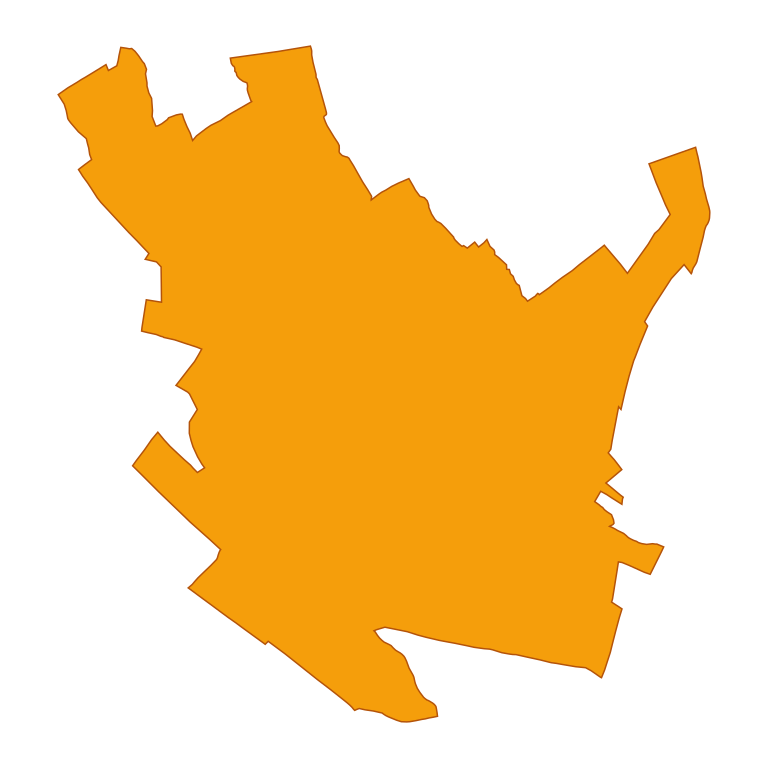 Costesti, Iasi, Romania
{"feature_id": "2599482B63280178112896", "entity_name": "Costesti", "entity_type": "district", "adm_level": 2, "iso_a3": "ROU", "parent_name": "Romania", "parent_adm1": "Iasi", "projection": "orthographic", "projection_center": [26.927, 47.235], "detail": "fine", "context": "isolated", "style": "filled", "palette": "amber", "viewbox_px": 768, "rotation_deg": 0, "n_neighbors": 0, "source": "geoboundaries", "source_scale": "gbopen_adm2", "svg_char_len": 5812}
<svg xmlns="http://www.w3.org/2000/svg" viewBox="0 0 768 768"><path d="M705.3,227.9L706.2,225.7L707.5,223.9L708.3,222.2L709.0,220.4L709.5,218.1L709.8,212.7L709.7,210.8L708.9,207.1L706.5,199.0L705.3,193.7L703.2,186.2L702.0,177.7L701.1,172.3L697.9,156.7L696.9,152.9L695.6,147.3L649.0,163.8L656.2,182.9L662.0,196.5L665.5,204.9L670.2,214.5L662.5,224.9L658.9,229.7L654.7,233.4L648.2,244.2L627.4,273.3L620.5,264.3L618.2,261.6L606.7,248.1L604.3,245.2L601.7,247.3L590.8,255.8L579.4,264.6L572.3,270.6L562.5,277.3L555.3,282.7L549.0,287.8L539.3,294.7L538.8,294.0L537.8,293.4L536.5,294.6L535.5,296.0L527.5,301.2L525.5,298.5L521.9,295.7L519.2,285.4L517.7,284.6L516.3,283.3L514.4,279.9L513.2,276.3L510.5,273.8L509.3,269.5L506.7,269.3L506.5,264.8L498.6,257.5L494.7,254.6L494.7,252.1L494.0,250.0L490.0,246.4L486.9,239.5L483.9,242.8L478.6,247.0L474.7,242.1L467.3,248.1L463.6,245.6L462.0,246.4L458.9,243.8L455.3,240.2L453.9,238.2L453.7,237.2L445.7,228.3L440.9,223.5L438.7,222.2L437.0,221.5L434.9,219.3L431.6,214.1L428.8,207.3L428.7,205.3L428.0,203.0L427.2,200.8L424.4,197.7L420.0,196.3L418.8,194.8L415.3,190.0L413.4,186.4L408.9,178.6L398.4,183.1L391.7,186.4L385.8,190.1L381.7,192.2L378.8,194.2L371.2,200.0L371.2,199.3L371.5,197.8L371.6,196.5L371.2,195.6L367.6,189.6L362.7,182.0L358.1,173.9L353.4,165.5L350.0,160.1L349.0,158.3L347.4,157.1L345.2,156.6L342.3,155.6L341.1,154.5L339.7,153.1L339.1,151.7L339.3,148.5L339.2,145.6L337.9,142.9L334.3,137.5L327.1,125.7L325.5,122.1L323.8,117.7L323.9,116.7L324.2,116.2L326.3,114.6L326.5,113.9L326.4,112.5L325.4,108.6L317.3,79.4L316.1,77.5L316.0,74.3L313.0,62.3L311.7,55.0L311.7,51.0L311.4,49.3L310.4,46.1L277.9,51.5L230.3,58.1L231.3,63.3L232.8,65.7L234.0,66.4L234.5,67.3L234.9,69.4L234.8,71.1L235.6,72.1L236.1,72.3L236.9,75.6L238.3,77.5L239.9,79.1L243.2,81.4L246.1,82.5L247.1,83.1L247.6,86.0L247.3,88.7L247.4,90.2L248.1,92.8L249.3,96.2L250.8,100.4L251.7,101.6L231.3,113.3L227.9,115.3L220.4,120.6L210.9,125.3L206.3,128.4L199.6,133.5L196.5,135.9L192.6,140.5L190.2,133.2L186.9,126.5L183.9,119.2L182.3,114.2L180.5,114.1L176.4,114.9L168.6,117.8L167.3,119.6L161.7,123.8L157.7,125.9L155.8,126.1L152.1,116.5L152.5,110.7L151.6,98.4L148.8,92.9L147.0,86.1L147.0,82.9L145.5,73.8L146.5,69.3L144.3,63.6L142.5,61.6L138.6,55.8L135.0,51.3L131.7,48.5L129.4,48.8L126.3,48.2L120.8,47.4L119.0,55.6L118.2,60.5L116.8,65.8L108.4,70.5L106.0,64.6L93.0,72.6L85.1,77.4L81.4,79.5L77.1,82.3L67.9,87.8L58.2,94.6L64.2,104.1L66.2,110.5L67.1,114.9L67.7,118.2L68.3,119.6L70.5,122.6L78.4,131.8L86.3,138.6L87.6,144.0L88.7,147.9L89.7,154.6L91.6,159.6L85.1,164.4L79.6,168.6L78.5,169.6L80.4,172.5L82.7,176.2L87.4,182.6L91.7,189.1L97.2,197.7L100.9,202.4L107.4,209.4L113.7,216.2L118.7,221.6L128.9,232.6L136.7,240.5L142.9,247.1L148.9,253.4L147.5,255.7L145.2,259.3L156.5,261.9L161.2,267.0L161.1,267.6L161.3,282.8L161.5,302.2L158.8,301.8L146.3,299.8L142.0,327.3L141.6,331.1L147.6,332.6L156.3,334.5L161.1,336.4L162.7,336.7L163.7,337.4L174.5,339.8L185.3,343.4L196.7,347.1L201.7,349.1L198.6,354.7L194.6,361.5L189.4,368.1L176.0,385.4L187.7,392.1L189.5,393.9L197.3,409.5L189.4,422.1L189.3,433.3L191.1,440.7L193.0,446.7L197.6,456.8L201.9,464.1L204.6,467.8L197.4,472.5L193.1,468.1L190.5,465.1L184.5,459.9L177.0,452.9L170.0,446.3L164.3,440.1L157.8,432.2L151.7,439.5L144.4,450.0L136.0,461.0L132.6,465.8L140.2,473.3L158.8,491.9L180.5,512.7L190.0,521.9L210.0,539.7L220.7,549.6L219.9,550.7L219.1,552.4L218.3,554.7L217.4,557.8L217.0,558.7L216.5,559.6L210.8,565.5L203.9,572.1L198.1,577.7L194.8,581.4L192.3,584.4L188.2,587.9L202.8,598.7L210.3,604.2L220.4,611.7L228.8,617.9L234.8,622.1L242.4,627.7L253.8,636.0L263.2,642.8L265.2,644.3L268.2,641.3L285.0,653.8L297.6,663.8L307.9,672.0L317.7,679.8L330.8,689.8L342.8,699.3L347.4,703.0L349.8,705.1L352.1,707.4L353.6,709.3L354.7,710.4L356.8,709.4L359.2,708.5L365.0,709.8L373.3,711.0L379.4,712.4L382.1,713.0L383.7,714.2L385.7,715.5L388.3,716.8L396.6,720.2L401.3,721.7L406.6,721.9L409.8,721.7L416.1,720.6L421.8,719.4L425.1,718.9L429.2,717.9L433.3,717.2L437.5,716.3L437.1,712.9L436.3,708.1L435.9,706.4L434.4,704.5L432.7,703.1L428.9,700.8L426.8,699.9L424.9,698.5L423.5,697.2L419.8,692.3L417.3,688.3L415.4,683.7L414.8,681.6L413.9,677.3L413.1,675.3L409.1,668.2L406.5,661.1L404.9,657.7L403.8,656.1L402.0,654.3L400.0,652.8L398.2,651.8L395.6,650.2L393.1,647.8L391.1,645.6L389.1,644.5L384.1,642.1L382.0,640.4L379.6,638.1L377.4,635.3L375.2,631.9L374.0,630.8L376.5,629.7L384.9,627.2L393.4,628.9L400.4,630.3L407.3,631.7L417.9,635.1L426.2,637.3L439.4,640.4L447.4,641.9L455.1,643.3L466.8,645.7L474.1,647.3L484.2,648.7L489.5,649.1L492.6,649.8L501.8,652.7L509.1,654.0L512.8,654.5L516.0,654.6L526.7,657.0L534.1,658.6L540.1,659.9L551.2,662.7L556.5,663.4L562.6,664.5L575.6,666.7L585.6,667.7L591.1,670.7L600.6,677.3L601.5,677.7L604.6,670.0L607.3,661.6L610.3,652.4L612.4,643.9L615.7,631.0L619.4,617.3L622.0,608.9L611.6,602.1L612.5,599.1L614.2,588.5L617.0,571.0L618.4,561.9L622.1,562.5L628.7,565.2L644.4,572.3L649.6,574.1L650.2,574.3L661.3,552.0L663.7,546.9L658.6,544.8L657.0,544.1L655.3,544.1L652.6,543.7L646.6,544.4L641.7,543.6L638.5,542.6L636.6,541.4L635.8,541.1L633.7,540.4L630.6,538.9L628.7,537.8L627.3,536.7L626.5,535.8L623.6,533.4L617.6,530.5L615.3,529.1L612.5,527.6L609.5,526.4L610.2,525.9L611.6,525.3L613.1,524.4L614.0,523.2L613.5,519.8L611.5,514.7L607.2,511.9L604.3,509.6L602.7,507.5L600.9,506.4L599.0,504.7L594.7,501.6L600.7,491.3L606.8,494.6L611.9,498.0L621.9,504.3L622.5,498.9L623.2,497.2L620.3,495.0L605.9,483.0L621.8,469.6L619.1,466.0L614.4,459.9L608.2,452.9L610.8,449.2L612.2,440.5L618.6,406.8L621.0,409.5L625.1,391.5L629.1,376.1L633.7,360.7L635.2,357.1L640.1,344.2L647.6,326.0L644.6,321.7L652.9,307.0L659.0,297.6L671.3,278.6L684.1,264.6L691.2,273.7L691.8,272.7L692.3,270.5L693.2,268.1L695.8,263.9L696.8,261.8L700.3,248.0L703.1,237.3L704.5,230.5L705.3,227.9Z" fill="#f59e0b" stroke="#b45309" stroke-width="1.5"/></svg>